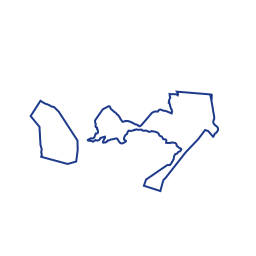 outline of Constancia del Rosario, Oaxaca, Mexico, rotated 327°
{"feature_id": "50627088B39624413829730", "entity_name": "Constancia del Rosario", "entity_type": "district", "adm_level": 2, "iso_a3": "MEX", "parent_name": "Mexico", "parent_adm1": "Oaxaca", "projection": "robinson", "projection_center": [-98.006, 17.064], "detail": "fine", "context": "isolated", "style": "outline", "palette": "blue", "viewbox_px": 256, "rotation_deg": 327, "n_neighbors": 0, "source": "geoboundaries", "source_scale": "gbopen_adm2", "svg_char_len": 5880}
<svg xmlns="http://www.w3.org/2000/svg" viewBox="0 0 256 256"><g transform="rotate(327 128 128)"><path d="M109.9,185.1L120.8,198.5L127.7,192.3L129.8,190.7L131.8,190.5L138.8,188.1L160.8,180.6L163.2,179.8L180.8,175.6L191.6,171.7L192.8,173.3L193.6,174.2L194.6,181.7L195.1,181.7L195.5,181.3L195.9,181.1L196.6,180.8L197.3,180.2L197.8,180.0L198.6,180.1L199.6,180.0L200.6,179.7L201.4,179.2L202.3,178.8L202.9,178.0L203.4,176.8L203.4,176.0L203.3,175.1L203.1,174.3L202.8,173.8L202.5,172.7L202.3,171.1L202.4,170.3L202.9,169.2L203.5,168.5L204.1,168.0L204.9,167.6L205.3,167.3L206.3,165.6L206.4,165.4L206.6,165.2L206.8,164.8L207.4,163.2L207.5,163.0L208.7,160.1L210.1,157.1L210.3,156.5L210.4,156.2L211.4,153.9L213.1,149.9L214.3,146.9L214.6,146.0L214.9,146.3L214.8,148.0L216.3,145.9L216.0,145.4L216.5,145.5L216.4,145.5L188.7,124.1L188.6,125.4L188.5,126.8L187.9,127.3L187.5,127.6L187.3,126.9L186.3,125.6L184.6,124.4L182.8,123.3L181.4,122.1L180.2,124.4L180.2,125.3L176.9,127.6L176.8,128.8L175.8,129.2L176.0,130.3L176.0,131.1L175.6,131.9L175.2,132.6L175.1,133.5L174.9,134.3L174.6,135.0L174.6,135.5L174.7,136.3L174.2,137.2L173.9,137.7L173.9,138.3L172.8,139.2L172.5,139.5L171.8,138.5L170.9,137.1L170.3,136.3L169.6,135.2L168.6,133.9L167.3,132.9L166.6,132.2L165.9,130.9L165.3,130.3L164.2,129.8L163.1,130.0L162.1,130.5L159.3,128.7L156.4,128.3L140.9,132.9L140.6,133.0L138.7,132.9L138.5,132.7L138.4,132.5L138.2,132.3L138.1,131.9L137.9,131.6L137.9,131.2L137.7,130.8L137.5,130.4L137.3,130.1L136.9,129.7L136.6,129.4L136.2,129.0L135.9,128.5L135.6,127.9L135.3,127.4L135.0,126.8L134.9,126.6L134.7,126.1L134.3,125.7L134.1,125.3L133.8,124.8L133.1,123.6L132.8,123.4L132.2,122.9L132.0,122.3L131.6,122.0L131.3,121.7L130.8,121.5L130.4,121.2L129.9,121.2L129.5,120.6L128.9,120.5L128.2,120.4L127.8,120.3L127.3,120.0L126.9,119.9L126.8,119.6L126.8,119.3L126.7,118.9L126.7,118.5L126.7,117.7L126.6,117.0L126.6,116.7L126.6,116.2L126.8,115.6L126.8,114.9L126.8,113.8L126.7,113.7L126.7,113.0L126.8,112.6L126.7,111.7L126.4,111.3L126.3,111.0L126.2,110.5L126.1,109.7L126.0,109.0L126.0,108.5L125.8,108.1L125.6,107.8L125.4,107.4L125.1,106.6L125.0,106.0L124.9,105.7L124.8,105.1L124.5,104.6L124.4,104.1L124.3,103.4L124.2,102.9L124.1,102.4L124.1,101.5L124.2,101.1L124.4,100.6L124.4,100.3L124.4,99.9L123.7,99.2L117.0,98.6L104.5,103.7L104.2,104.2L103.9,104.7L103.6,105.2L103.3,106.0L103.3,106.7L103.0,107.3L102.4,107.9L101.9,108.5L101.5,109.3L101.7,110.0L102.0,110.2L102.2,110.8L102.0,111.5L101.7,111.5L101.5,111.8L101.4,112.3L101.4,112.9L101.5,113.6L101.1,114.2L100.8,114.7L100.6,115.1L100.2,115.6L99.8,115.6L99.4,115.6L99.0,115.7L98.6,115.5L98.3,115.2L98.1,115.0L97.9,115.0L97.7,115.1L97.6,115.4L97.5,115.6L96.9,115.9L96.4,116.2L96.0,116.5L95.6,116.8L95.0,117.2L94.9,117.4L94.4,117.6L93.7,117.6L93.2,117.7L92.7,117.5L92.3,117.4L92.0,117.1L91.7,116.7L91.0,116.3L90.7,116.4L90.1,116.3L89.4,116.3L88.7,116.1L87.7,116.2L87.6,116.6L87.9,117.0L88.5,117.6L89.0,117.8L89.6,118.3L90.2,118.8L90.8,119.6L91.0,120.3L91.9,120.5L94.1,120.4L94.1,120.7L94.9,121.3L95.3,121.5L95.6,122.0L96.4,122.1L97.1,122.3L97.6,122.3L98.4,122.2L98.7,121.8L99.1,121.4L99.9,121.4L100.3,121.7L101.0,121.8L103.9,122.7L103.5,123.5L103.3,123.8L102.7,124.0L102.3,124.2L101.7,124.4L101.3,124.7L100.8,125.1L100.1,125.5L99.7,125.9L99.3,126.3L99.1,126.5L99.5,127.0L99.9,127.1L100.5,127.4L101.1,127.6L101.3,127.9L101.9,127.9L102.5,128.0L103.2,127.7L103.9,127.5L104.4,127.5L104.6,127.8L104.9,128.0L105.4,128.0L106.0,128.1L106.5,128.2L107.3,128.3L108.2,128.7L108.6,128.9L109.1,129.1L109.8,129.4L110.6,129.7L111.6,130.0L112.7,130.5L113.0,130.8L113.2,131.2L113.3,131.6L113.2,132.0L113.1,132.7L113.1,133.2L113.1,133.9L113.1,134.7L113.2,135.9L113.6,136.6L113.7,137.0L114.3,137.4L114.6,137.8L115.2,137.9L115.8,138.0L116.2,138.0L116.5,138.1L118.7,138.2L119.0,138.1L119.2,137.8L119.2,137.5L119.1,137.1L119.0,136.8L118.8,136.4L118.6,136.1L118.5,135.9L118.4,135.5L118.6,135.1L118.7,134.9L118.9,134.6L119.3,134.3L119.8,133.8L120.2,133.5L120.8,133.2L121.2,132.9L121.8,132.7L122.6,132.5L124.1,132.4L124.6,131.9L125.0,131.6L125.3,131.3L125.5,131.1L127.2,130.6L127.4,130.7L127.7,131.0L127.9,131.4L128.3,131.7L128.7,132.0L129.0,132.1L129.4,132.3L129.9,132.5L130.6,132.6L130.8,132.8L131.7,133.0L132.0,132.9L132.7,133.1L132.8,133.5L133.1,133.6L133.7,133.6L134.3,133.7L134.5,133.9L134.8,134.4L135.2,134.7L135.6,135.1L136.2,135.4L136.5,135.6L138.4,136.7L138.6,137.1L138.8,137.9L139.0,138.3L139.3,138.6L139.7,138.9L140.0,139.0L140.6,139.5L141.1,139.5L141.7,140.0L142.0,140.4L142.4,140.8L142.7,141.2L143.0,141.9L143.4,142.5L143.9,142.9L144.7,143.3L145.4,143.4L146.0,143.4L147.9,145.1L148.5,145.6L148.8,146.1L149.2,146.6L149.8,147.2L150.1,147.8L150.4,148.5L150.6,149.3L150.5,149.8L150.4,150.8L150.3,151.3L150.5,152.0L150.7,152.5L151.1,152.9L151.5,153.3L151.7,154.0L151.7,154.6L151.6,155.2L151.5,155.7L151.4,156.4L151.8,156.9L152.8,157.5L153.3,158.1L153.5,158.7L153.3,159.5L152.8,160.0L152.3,160.6L151.9,161.1L153.1,162.2L153.7,162.6L154.7,163.0L155.2,163.4L155.5,163.8L156.2,163.8L156.8,163.9L158.5,165.4L158.9,165.8L159.5,166.4L159.8,167.2L159.7,168.4L159.3,169.0L159.2,169.6L159.3,170.2L159.6,170.5L159.8,171.7L160.1,172.3L160.7,173.6L161.2,174.1L161.2,174.7L160.9,175.1L160.4,175.3L159.8,175.6L159.3,175.8L158.3,175.8L157.7,175.6L157.1,175.5L155.8,175.9L155.3,176.2L154.8,176.2L154.2,175.8L153.1,175.7L152.0,176.4L151.2,176.8L150.6,177.5L150.0,178.3L149.3,179.0L148.1,179.6L147.2,180.2L146.4,180.4L145.3,181.1L144.5,181.4L143.8,181.6L143.2,181.9L142.1,181.3L141.4,180.7L140.6,180.5L129.6,180.7L115.0,181.1L109.9,185.1ZM66.3,127.9L73.7,119.2L78.8,111.0L78.8,96.1L78.8,76.6L77.4,70.1L75.7,68.5L75.3,67.6L74.8,66.8L74.5,66.2L73.3,64.3L72.3,63.1L71.7,62.2L71.0,60.9L70.4,59.9L70.0,58.7L69.4,57.5L52.8,65.0L54.4,78.8L45.4,94.5L44.0,99.0L42.6,100.4L42.1,101.0L41.9,101.2L41.8,101.4L41.9,101.7L40.6,104.4L39.7,104.5L39.5,104.9L57.8,125.3L66.3,127.9Z" fill="none" stroke="#1e3a8a" stroke-width="2"/></g></svg>